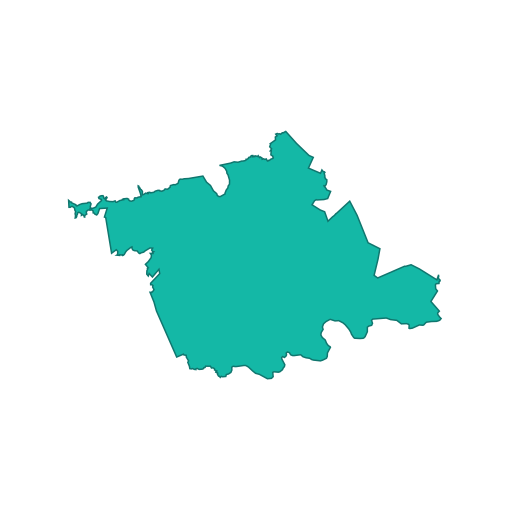 outline of Santa María del Oro, Nayarit, Mexico, rotated 108°
{"feature_id": "50627088B16887744460573", "entity_name": "Santa María del Oro", "entity_type": "district", "adm_level": 2, "iso_a3": "MEX", "parent_name": "Mexico", "parent_adm1": "Nayarit", "projection": "natural_earth1", "projection_center": [-104.593, 21.347], "detail": "fine", "context": "isolated", "style": "filled", "palette": "teal", "viewbox_px": 512, "rotation_deg": 108, "n_neighbors": 0, "source": "geoboundaries", "source_scale": "gbopen_adm2", "svg_char_len": 6121}
<svg xmlns="http://www.w3.org/2000/svg" viewBox="0 0 512 512"><g transform="rotate(108 256 256)"><path d="M295.3,381.8L292.0,381.1L290.4,380.4L286.5,377.7L285.7,376.8L287.2,376.2L288.3,375.0L288.5,373.4L287.9,370.6L289.4,368.4L289.6,367.2L288.6,366.4L287.0,364.0L285.2,362.9L281.1,359.3L280.5,356.7L282.6,357.1L283.6,355.8L283.6,354.6L284.7,355.4L285.4,354.8L286.2,357.3L287.3,355.8L289.9,355.2L294.6,356.7L298.1,358.6L300.5,354.8L301.3,355.5L302.1,355.0L303.7,355.2L307.0,354.3L308.3,352.3L305.7,352.2L308.0,348.0L298.6,344.2L302.5,342.1L314.5,347.8L315.9,347.3L315.5,345.9L315.9,344.9L317.5,344.7L319.5,342.6L322.2,343.4L322.6,344.3L323.1,344.3L323.3,345.5L331.3,338.8L339.0,333.7L376.6,300.2L371.8,294.7L372.4,294.0L372.0,291.7L373.7,291.0L376.6,287.7L378.2,288.0L381.4,285.3L383.6,284.1L383.3,282.4L382.6,281.5L382.9,279.7L382.6,278.2L382.1,278.5L381.1,277.3L381.4,275.0L380.3,272.3L379.3,271.1L378.4,271.1L377.7,270.0L376.4,269.9L374.9,265.3L376.3,263.7L375.7,262.5L375.7,261.7L376.1,260.6L377.2,260.2L377.4,257.7L378.1,257.7L378.4,258.4L378.9,258.4L379.1,256.3L379.6,256.1L380.1,256.3L381.3,255.1L381.8,254.5L381.7,253.6L382.5,252.5L381.2,251.9L381.2,250.5L379.9,247.5L377.9,247.6L376.7,245.7L374.5,243.9L371.9,243.7L369.6,244.6L368.5,244.3L367.7,243.1L367.7,241.9L367.0,240.1L363.8,233.6L363.3,231.8L363.9,228.9L366.3,223.8L367.7,220.2L367.5,216.2L369.2,207.2L367.6,203.5L365.5,202.4L361.5,204.1L360.6,203.2L359.6,198.9L358.8,197.6L356.0,195.7L354.1,195.5L352.5,194.8L350.5,195.0L345.9,199.7L344.6,200.2L343.4,199.5L343.7,197.6L342.0,196.6L340.6,196.4L339.0,197.3L337.6,196.5L337.6,194.3L339.2,192.6L339.4,190.6L339.0,189.1L336.1,183.0L337.3,180.2L337.3,176.9L336.7,173.4L337.3,170.9L337.2,169.1L335.8,162.3L334.5,160.5L331.5,157.4L329.5,157.2L326.1,158.1L319.8,157.0L319.3,157.6L319.0,159.2L318.4,160.3L317.1,162.0L314.5,164.2L313.0,167.8L311.2,169.8L309.7,170.2L308.4,170.3L305.1,169.5L303.0,170.9L299.6,170.8L296.8,169.2L293.6,166.2L293.3,165.7L293.3,160.8L291.9,157.3L292.7,152.6L293.8,149.9L296.8,145.1L299.1,142.4L300.9,141.0L303.4,137.8L303.7,136.7L302.3,131.5L301.2,128.8L300.6,128.1L299.0,127.3L293.6,126.7L289.3,128.1L287.9,127.2L286.2,124.6L284.0,124.4L281.4,126.3L279.9,125.4L274.7,112.9L274.9,108.5L273.7,102.2L275.6,96.8L273.8,91.9L273.8,89.9L274.1,89.3L274.9,88.8L277.4,88.2L277.5,87.4L276.3,85.0L271.1,79.3L270.3,76.0L269.8,75.2L267.1,74.0L266.2,73.3L264.1,68.9L262.4,64.2L261.5,62.8L260.3,61.4L258.3,60.6L257.2,62.7L255.3,65.2L253.9,65.6L251.8,64.6L245.2,75.6L233.2,72.6L231.6,75.0L228.1,76.4L227.4,76.4L226.6,75.9L225.6,73.5L223.4,74.0L223.2,73.4L222.1,73.4L220.8,75.8L219.1,75.9L218.6,76.2L217.4,76.5L222.8,76.6L217.8,96.7L216.4,105.8L219.6,110.5L219.8,111.5L239.3,133.5L237.9,137.7L221.2,139.0L210.8,140.4L208.8,153.5L186.1,172.4L174.9,183.8L191.1,192.9L191.1,193.1L193.3,194.0L195.1,195.3L200.7,198.3L192.7,204.4L192.4,209.1L190.0,218.5L185.3,217.4L183.8,216.1L183.9,215.5L181.3,208.8L179.2,205.6L171.5,205.0L171.4,208.9L169.1,211.6L168.9,212.4L168.1,213.0L167.8,211.9L167.5,211.7L166.2,211.4L163.5,211.6L161.6,212.2L161.1,213.9L160.6,214.0L159.8,215.1L158.8,215.1L156.2,216.7L155.2,216.3L154.8,216.9L155.0,218.0L153.8,219.9L157.4,220.2L156.2,233.3L144.5,232.0L144.0,236.7L136.4,252.3L128.4,266.1L128.7,266.2L129.3,267.3L130.2,267.7L130.7,269.1L132.6,270.2L132.4,271.1L133.0,272.5L132.9,273.7L134.0,274.9L135.2,273.1L136.9,274.4L139.5,273.3L144.8,277.2L145.1,276.7L147.9,276.7L149.3,274.3L151.6,274.9L151.3,274.0L155.2,273.1L155.9,270.8L156.6,270.6L157.2,269.9L157.9,270.0L159.6,272.1L160.9,272.7L161.0,273.4L162.0,274.0L162.1,274.5L160.5,276.3L161.4,277.3L161.2,278.8L162.1,280.0L160.9,280.6L160.5,282.6L161.3,282.9L161.2,283.3L159.9,284.9L160.9,285.3L160.9,287.3L161.5,288.5L161.9,288.1L162.7,289.9L161.5,290.2L161.9,291.3L162.7,291.8L163.6,291.7L164.2,293.1L165.0,293.5L165.4,293.3L166.8,294.4L167.1,295.3L167.7,295.1L168.6,295.8L169.9,298.0L170.0,298.7L172.4,302.1L173.2,305.9L175.5,308.9L181.1,318.7L180.9,316.3L181.2,314.8L182.2,312.5L184.4,310.1L186.3,309.2L187.5,307.7L192.0,304.6L195.9,303.4L198.0,304.1L199.9,303.8L202.5,304.7L205.8,304.9L206.5,304.6L210.4,308.2L210.9,309.5L210.5,311.4L208.8,312.7L207.2,316.6L203.0,321.1L201.1,325.8L196.4,331.2L203.2,344.2L204.8,348.3L205.7,349.6L206.4,352.0L207.7,352.7L211.0,352.6L213.2,354.8L213.5,356.3L215.4,359.1L216.1,359.2L217.1,358.9L219.9,360.8L220.3,363.2L221.6,363.6L223.6,365.6L223.5,366.2L223.9,367.4L223.4,367.9L223.8,369.5L225.5,371.9L227.0,372.9L228.5,375.8L228.2,376.6L228.8,377.9L229.1,378.4L229.8,377.7L230.1,377.9L230.3,380.4L232.1,381.7L232.9,382.9L229.6,384.0L228.4,385.6L228.2,386.5L226.7,388.0L226.5,388.9L225.8,389.1L225.7,389.7L226.9,389.3L232.3,385.2L235.1,383.6L236.5,386.3L237.5,387.1L238.1,389.2L238.9,389.5L239.9,389.1L240.9,389.5L242.5,391.6L242.5,393.4L241.9,394.5L241.3,394.7L241.1,396.4L242.5,399.5L243.3,399.2L243.6,400.0L243.4,400.6L244.4,400.9L245.2,402.5L247.9,405.0L248.2,405.9L247.1,407.0L248.5,408.8L249.4,412.0L249.8,415.3L249.3,416.4L246.5,415.7L246.0,416.4L247.0,417.2L248.3,417.4L247.9,418.8L246.5,419.4L245.9,420.2L246.5,421.8L247.4,423.0L247.8,423.0L248.8,423.9L249.9,423.1L250.0,420.5L251.0,420.1L255.6,422.7L259.0,423.5L261.0,425.8L261.9,428.5L261.0,428.4L260.3,428.9L257.4,429.0L256.2,430.5L256.6,431.0L256.8,432.2L257.9,432.9L259.9,437.4L261.3,439.3L263.8,441.8L263.5,442.8L262.9,443.1L262.4,447.9L261.8,448.1L262.0,450.3L261.4,450.4L261.0,451.4L267.5,448.9L267.1,447.7L266.0,446.9L265.6,446.1L266.3,443.6L268.7,442.2L269.3,441.3L271.7,441.1L273.5,440.1L275.7,439.7L275.2,439.0L273.9,438.7L272.9,439.1L271.8,438.7L270.2,439.0L269.3,438.4L269.4,437.7L269.1,437.2L269.7,435.1L271.3,434.6L270.1,433.6L271.0,432.0L272.0,431.3L271.8,430.9L270.9,431.4L269.9,431.1L268.4,429.9L267.4,430.7L266.0,431.1L264.1,429.8L263.5,428.5L263.8,428.1L262.9,426.7L263.5,424.8L265.3,424.2L265.2,423.3L266.0,422.1L266.2,420.2L264.5,419.5L259.2,419.4L256.4,412.3L265.8,412.2L265.9,410.8L298.0,394.2L293.2,390.8L294.3,388.9L297.5,388.1L298.2,388.7L297.6,385.9L297.0,386.1L296.6,384.7L296.5,383.5L296.8,383.2L296.5,382.7L296.0,382.9L295.9,382.2L295.3,381.8Z" fill="#14b8a6" stroke="#0f766e" stroke-width="1.5"/></g></svg>